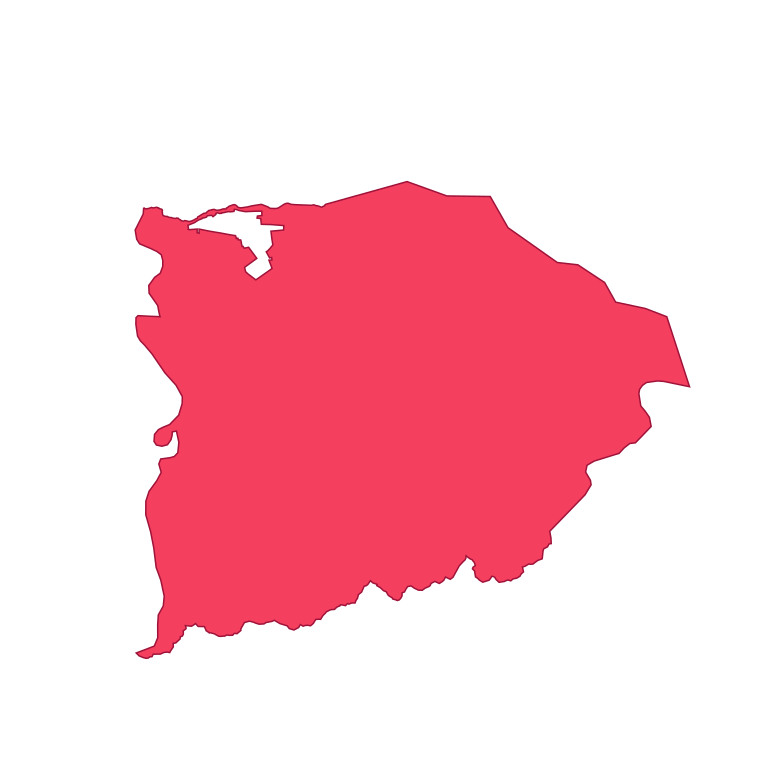 Chuy, Chuy, Kyrgyzstan (orthographic projection), rotated 348°
{"feature_id": "92254566B95692459438099", "entity_name": "Chuy", "entity_type": "district", "adm_level": 2, "iso_a3": "KGZ", "parent_name": "Kyrgyzstan", "parent_adm1": "Chuy", "projection": "orthographic", "projection_center": [75.313, 42.647], "detail": "fine", "context": "isolated", "style": "filled", "palette": "rose", "viewbox_px": 768, "rotation_deg": 348, "n_neighbors": 0, "source": "geoboundaries", "source_scale": "gbopen_adm2", "svg_char_len": 6153}
<svg xmlns="http://www.w3.org/2000/svg" viewBox="0 0 768 768"><g transform="rotate(348 384 384)"><path d="M85.7,595.6L88.0,599.1L91.9,601.7L94.4,602.9L96.6,603.0L98.2,602.2L100.4,602.5L102.1,600.3L109.1,601.7L113.1,600.8L116.3,601.2L118.6,602.2L119.5,601.0L123.3,597.3L123.9,593.8L126.5,594.0L131.5,591.0L132.3,588.9L134.3,588.7L135.6,587.2L136.0,585.8L136.2,583.9L139.5,582.2L139.7,581.4L139.5,579.0L145.2,580.9L147.0,580.4L149.8,579.2L151.8,582.5L157.9,584.0L158.8,588.5L159.2,588.7L161.4,591.2L162.6,591.3L166.5,593.3L167.1,594.0L169.8,596.3L171.6,596.9L174.5,597.2L175.9,597.5L178.0,596.8L180.4,597.7L183.8,598.3L184.5,597.6L185.9,596.8L188.3,597.7L192.8,595.3L193.0,593.8L197.9,588.3L203.0,588.0L206.7,589.8L208.4,591.0L211.9,593.0L216.7,593.7L219.1,592.8L225.2,592.9L227.5,592.3L232.5,596.8L239.0,600.4L240.5,603.6L244.8,605.9L249.8,604.5L252.2,601.9L254.5,604.1L256.4,603.8L259.2,604.1L261.7,605.2L262.4,605.0L265.1,603.5L268.3,600.1L271.2,600.5L273.1,601.0L276.1,597.8L279.3,595.8L280.2,594.9L284.8,593.7L288.7,594.2L291.1,592.7L292.3,592.2L294.7,591.9L295.5,590.9L297.8,591.7L300.3,592.8L302.5,591.2L303.9,592.0L307.0,591.5L310.1,592.2L311.7,589.8L313.5,588.1L315.2,584.7L318.8,582.9L322.6,577.6L324.4,577.7L326.3,576.9L329.8,573.6L331.7,576.2L335.7,578.6L335.0,579.7L337.9,582.3L340.6,586.1L343.0,587.7L344.0,591.1L344.9,592.4L347.6,594.9L347.8,596.1L350.5,597.5L352.1,598.6L354.2,598.3L356.0,596.9L357.6,595.0L358.3,592.0L360.8,591.7L362.7,589.3L365.1,587.0L367.4,587.2L368.4,587.0L371.4,590.2L374.8,592.8L378.6,593.7L382.0,592.2L386.1,591.4L387.3,590.7L388.6,588.8L392.9,587.7L394.3,588.9L396.7,590.6L400.1,589.3L401.8,588.3L404.0,585.6L408.2,588.8L411.3,587.4L419.8,577.5L424.5,574.2L426.6,573.0L427.7,571.7L428.6,569.2L431.8,572.9L433.8,574.3L434.2,575.5L435.2,577.3L435.6,580.6L433.0,581.7L432.1,583.2L433.7,585.7L433.4,591.7L435.1,593.4L436.6,595.7L439.4,598.4L442.5,598.1L446.0,597.8L447.7,596.4L449.5,594.5L450.6,594.9L452.1,596.0L452.9,598.4L455.3,601.9L460.5,602.2L464.2,601.4L467.1,602.9L469.7,601.5L473.6,601.5L477.0,600.3L478.7,598.3L481.4,596.8L481.4,591.8L484.1,591.6L488.1,590.2L489.8,590.8L492.4,591.1L494.7,589.9L498.0,588.5L502.4,587.9L504.9,580.3L506.0,578.4L510.1,577.3L512.1,574.8L514.4,574.9L515.3,569.3L515.5,562.5L557.6,534.2L565.6,525.7L565.9,521.1L562.9,512.1L565.7,505.7L573.5,503.1L599.6,500.7L605.5,496.5L612.0,493.3L617.7,493.8L636.5,481.1L636.7,471.8L633.8,464.9L630.6,458.9L631.3,446.4L632.9,442.4L636.5,439.1L641.1,437.1L652.2,437.9L658.4,439.7L682.3,450.2L674.6,377.0L655.4,364.5L627.6,352.1L620.9,330.6L598.4,307.7L578.8,301.2L537.8,256.9L526.9,222.7L484.5,213.1L448.6,190.8L364.3,196.1L363.6,196.4L363.0,197.4L361.5,197.5L360.2,198.1L359.8,198.1L355.8,195.7L354.3,195.4L353.7,194.7L352.5,194.1L350.1,194.1L341.4,191.9L334.7,190.2L330.3,188.9L329.4,188.2L328.5,187.7L327.9,187.3L327.7,187.2L326.3,187.0L325.3,187.1L323.9,187.3L318.4,189.4L316.6,189.9L315.8,189.9L314.4,189.8L309.6,188.6L308.9,188.3L307.4,186.7L301.5,182.8L293.0,182.3L290.1,182.3L287.2,182.4L281.3,182.0L280.4,181.9L278.1,180.9L277.8,180.5L277.1,179.3L276.4,178.4L275.3,177.6L273.9,177.3L270.8,177.7L269.5,177.9L268.8,178.2L267.5,178.9L266.4,179.1L266.2,179.5L266.0,179.8L265.7,179.9L265.2,179.9L264.1,179.4L262.8,179.3L259.9,179.6L257.0,179.4L256.0,179.1L254.4,178.0L253.6,177.8L251.6,177.7L250.1,177.9L248.7,177.8L248.3,178.1L247.0,178.7L246.6,178.9L246.1,179.5L245.4,179.7L244.4,179.7L243.2,179.6L239.0,181.0L237.9,181.6L237.5,181.5L236.8,181.7L236.4,182.1L236.1,182.5L235.9,183.0L233.9,183.4L232.3,184.0L229.7,184.5L227.2,184.6L227.0,184.4L226.1,184.1L224.3,183.2L223.0,182.7L221.7,183.1L219.9,182.2L218.8,180.9L218.1,180.5L217.5,179.6L217.2,179.1L215.6,178.5L215.2,178.7L214.1,178.6L211.6,177.7L210.7,177.0L208.9,176.5L207.8,175.9L207.5,175.6L207.3,175.3L206.6,174.9L206.2,175.0L204.3,174.2L203.5,173.6L203.1,173.4L202.9,173.0L202.7,172.1L202.7,171.4L202.9,170.6L202.8,169.3L203.4,168.2L203.2,167.2L203.0,166.9L200.8,165.8L200.6,165.3L200.1,164.8L199.6,164.9L198.7,163.9L197.4,163.8L195.9,163.8L195.0,163.8L194.0,163.4L193.3,162.9L192.7,163.0L191.9,163.2L190.9,163.2L189.7,163.4L188.6,163.2L187.7,163.2L186.7,162.9L186.2,162.1L185.4,162.1L183.8,167.7L172.6,181.7L172.2,191.0L174.1,196.1L183.7,202.8L189.2,207.0L193.0,211.2L193.3,217.2L192.0,223.0L188.2,229.1L181.8,232.0L174.4,238.7L173.1,246.4L175.3,251.5L179.0,260.3L178.8,265.0L178.8,270.1L179.0,271.6L170.0,269.3L157.6,266.0L155.2,267.6L153.7,274.0L152.9,285.9L154.6,291.0L157.9,296.2L163.3,306.3L172.0,327.5L180.3,341.9L184.1,354.4L182.5,361.2L176.7,371.8L165.8,379.1L158.7,380.4L153.9,381.7L149.1,385.5L147.1,392.3L148.7,396.4L153.8,398.7L159.6,398.4L164.1,394.2L166.1,390.1L167.0,386.8L171.2,386.9L171.2,398.4L168.0,408.4L163.8,411.3L159.3,411.6L154.1,411.2L150.0,410.9L147.1,415.4L147.7,424.1L141.6,431.4L131.9,440.1L126.7,449.1L123.8,462.3L125.0,480.0L124.7,496.7L123.0,516.0L124.9,529.5L124.9,545.9L121.9,555.3L115.2,563.0L112.6,572.3L109.9,585.2L104.8,592.6L85.7,595.6ZM224.6,192.0L225.0,191.5L225.1,191.3L225.2,188.0L232.1,186.8L236.5,185.1L240.3,184.5L240.6,184.0L242.6,184.1L245.0,183.9L246.3,182.7L250.6,183.2L251.5,184.8L254.8,183.2L255.2,182.1L256.5,181.9L258.6,183.0L260.7,183.3L261.1,182.8L262.8,183.1L265.2,183.0L267.8,183.1L269.7,183.7L273.1,184.0L273.6,183.2L273.9,182.1L275.3,182.4L278.6,184.3L282.2,185.8L283.2,186.2L284.2,186.6L293.1,188.1L297.0,188.8L300.3,189.6L299.6,193.8L295.1,193.4L294.3,195.3L297.8,196.6L297.5,199.4L297.2,202.3L306.7,204.6L318.9,208.2L317.8,212.5L305.2,211.0L304.5,218.5L304.2,224.8L300.9,227.5L298.2,229.4L296.3,230.2L297.1,232.9L298.3,236.9L300.4,236.9L300.1,239.4L297.2,238.9L298.5,247.7L293.3,250.0L280.3,255.5L273.9,248.1L272.0,245.4L271.9,240.9L285.7,234.7L280.0,222.1L275.5,222.1L274.7,220.0L273.8,219.9L273.8,216.5L273.9,214.9L273.8,213.3L273.4,213.2L271.4,212.7L271.4,212.0L271.5,211.9L271.5,211.3L271.4,211.0L269.8,211.0L269.8,209.8L269.7,208.8L269.8,208.5L269.4,208.2L269.2,207.9L269.1,207.7L268.4,207.6L267.2,207.1L262.9,205.4L255.5,202.3L251.1,200.6L245.3,198.3L235.3,194.0L234.5,198.0L232.7,197.2L233.5,193.6L229.7,193.1L226.8,192.7L225.8,192.6L224.6,192.0Z" fill="#f43f5e" stroke="#9f1239" stroke-width="1.5"/></g></svg>